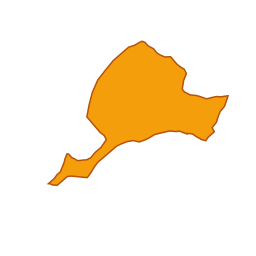 the district of Pukchang, P'yŏngan-namdo, North Korea, rotated 319°
{"feature_id": "82179303B65927505203644", "entity_name": "Pukchang", "entity_type": "district", "adm_level": 2, "iso_a3": "PRK", "parent_name": "North Korea", "parent_adm1": "P'yŏngan-namdo", "projection": "natural_earth1", "projection_center": [126.287, 39.559], "detail": "fine", "context": "isolated", "style": "filled", "palette": "amber", "viewbox_px": 256, "rotation_deg": 319, "n_neighbors": 0, "source": "geoboundaries", "source_scale": "gbopen_adm2", "svg_char_len": 1354}
<svg xmlns="http://www.w3.org/2000/svg" viewBox="0 0 256 256"><g transform="rotate(319 128 128)"><path d="M31.4,117.8L32.5,119.0L33.6,121.3L36.9,124.8L40.3,124.8L44.8,124.8L50.4,124.8L53.7,127.1L57.0,130.6L60.3,134.1L64.7,138.7L70.3,137.5L77.1,135.3L82.6,134.1L88.2,134.1L99.4,134.2L107.2,134.2L111.7,135.3L118.4,137.7L123.9,141.1L127.2,145.8L132.8,148.1L137.2,149.3L143.9,150.4L150.6,153.9L157.3,157.4L161.7,162.0L165.0,164.3L166.1,166.7L168.8,171.5L169.5,171.3L172.8,174.8L173.9,179.4L176.0,185.1L178.3,188.6L182.7,187.5L186.1,187.5L190.6,187.5L191.7,182.9L198.4,181.7L204.0,178.3L208.5,176.0L215.2,174.9L223.1,170.3L224.6,169.3L220.9,166.8L218.7,165.6L215.3,162.2L210.9,159.8L206.4,157.5L203.1,151.7L200.9,148.3L196.5,143.6L194.3,137.9L194.3,134.4L201.1,128.7L207.8,125.2L209.0,120.6L207.9,117.1L206.8,112.5L206.8,107.9L206.9,102.1L202.4,98.6L200.2,94.0L199.1,90.6L199.2,84.8L197.0,79.0L197.0,74.4L195.5,71.7L192.6,70.9L187.0,69.8L181.5,67.4L171.4,67.4L161.4,67.4L148.0,69.7L136.8,71.9L124.5,77.7L114.4,84.6L104.2,92.6L104.2,97.2L104.1,106.5L104.1,113.4L105.1,118.0L104.0,122.6L95.0,124.9L87.2,124.9L80.5,126.0L76.0,124.9L72.7,122.5L69.4,120.2L68.3,119.1L67.2,115.6L66.1,113.3L66.1,108.7L65.0,107.5L60.5,109.8L57.2,112.1L52.7,114.4L48.2,116.7L43.7,116.7L39.2,117.8L33.7,117.8L31.4,117.8Z" fill="#f59e0b" stroke="#b45309" stroke-width="1.5"/></g></svg>